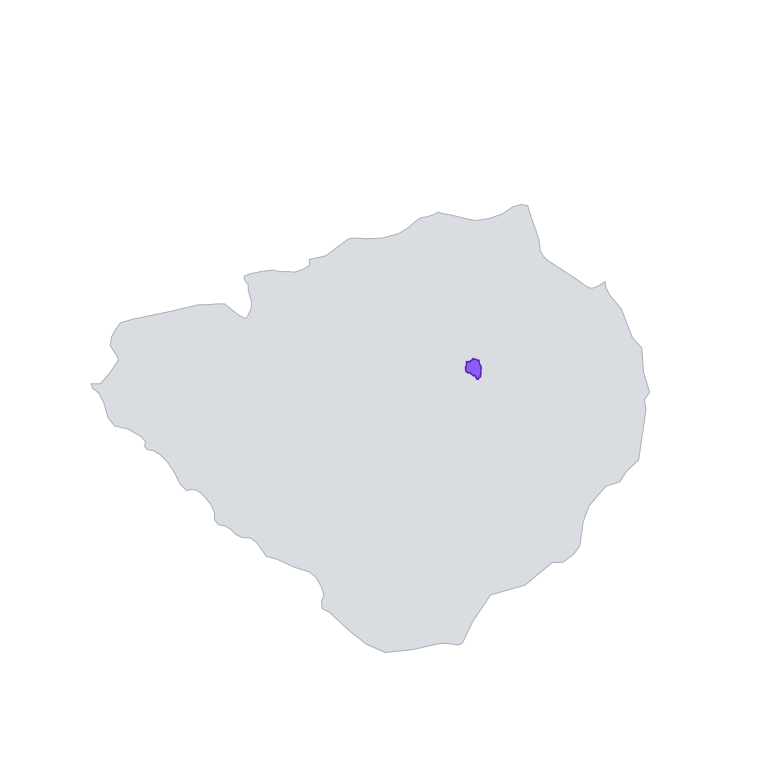 Cerro Chato, Treinta y Tres, Uruguay (highlighted), rotated 303°
{"feature_id": "84410073B20203965418101", "entity_name": "Cerro Chato", "entity_type": "district", "adm_level": 2, "iso_a3": "URY", "parent_name": "Uruguay", "parent_adm1": "Treinta y Tres", "projection": "natural_earth1", "projection_center": [-55.112, -33.151], "detail": "fine", "context": "in_parent", "style": "filled", "palette": "violet", "viewbox_px": 768, "rotation_deg": 303, "n_neighbors": 0, "source": "geoboundaries", "source_scale": "gbopen_adm2", "svg_char_len": 3809}
<svg xmlns="http://www.w3.org/2000/svg" viewBox="0 0 768 768"><g transform="rotate(303 384 384)"><path d="M590.3,513.4L586.1,517.3L581.5,524.7L576.1,542.4L558.2,566.9L554.5,580.7L535.3,595.1L521.7,611.3L512.8,610.9L504.9,617.8L459.0,638.9L442.6,634.9L430.4,635.0L419.0,625.7L393.2,622.4L377.0,626.1L355.3,636.3L348.7,636.1L344.0,635.6L332.2,631.4L325.8,622.3L292.2,611.9L265.2,588.3L233.3,587.8L208.9,590.9L205.1,587.8L202.6,581.7L197.5,572.9L176.3,552.1L159.5,531.3L156.1,511.0L158.2,488.8L162.9,462.5L162.0,454.3L168.0,449.7L174.1,448.7L179.9,441.9L185.0,431.7L185.8,423.9L181.7,409.5L178.7,389.4L175.3,379.3L181.8,363.5L182.1,355.8L178.1,349.1L177.0,342.1L178.7,335.0L178.3,328.1L175.8,321.6L177.6,316.1L183.8,311.8L188.3,305.2L191.3,296.3L192.8,289.5L192.9,284.8L191.0,280.4L187.1,276.3L188.8,268.0L196.1,255.6L200.7,244.6L202.8,235.0L202.6,227.3L200.1,221.4L201.1,217.4L205.7,215.3L207.6,209.1L206.8,193.6L202.1,180.8L205.6,170.7L215.8,159.0L221.1,149.6L221.5,142.4L224.6,138.2L229.6,146.0L244.2,148.0L258.9,148.3L261.3,146.4L267.0,133.7L274.6,130.0L282.8,129.1L291.9,129.7L301.6,138.1L328.9,165.7L349.0,184.8L355.1,193.8L360.4,200.5L364.4,206.8L362.7,223.1L363.0,230.3L363.9,232.4L368.5,232.5L375.3,231.4L381.0,227.9L385.4,222.6L389.7,218.4L393.3,216.1L394.5,212.6L396.5,209.0L398.6,208.2L402.6,210.9L411.9,220.2L419.1,228.9L420.9,233.8L423.7,239.0L426.7,243.4L428.8,247.8L435.8,253.5L442.9,257.1L447.7,253.5L459.8,265.3L486.4,275.2L491.3,281.2L495.9,289.7L505.1,302.7L518.0,314.3L528.3,319.2L538.3,322.0L543.8,324.5L547.6,329.0L553.7,333.8L557.5,335.6L558.8,339.9L562.6,349.2L566.7,361.1L571.1,372.1L580.7,382.7L591.6,390.9L602.9,395.6L609.2,401.3L611.9,407.3L604.3,416.2L595.9,427.4L588.6,436.2L581.0,442.3L578.5,446.6L576.8,453.1L576.7,487.9L576.1,500.8L576.6,504.2L577.7,506.5L582.4,510.0L588.0,512.9L590.3,513.4Z" fill="#d9dde1" stroke="#a8b0b8" stroke-width="1"/><path d="M447.4,441.1L447.4,441.4L447.4,441.5L446.9,441.7L446.6,441.9L446.3,442.1L446.0,442.2L445.5,442.4L445.3,442.5L444.0,443.1L443.9,443.1L443.7,443.2L443.3,443.1L443.2,443.1L442.3,443.4L442.1,443.4L442.0,443.5L441.9,443.5L441.4,443.9L441.3,444.0L440.9,444.2L440.8,444.3L440.7,444.4L440.6,444.6L440.5,444.8L440.4,444.9L440.3,445.0L440.2,445.1L440.0,445.3L439.9,445.3L439.7,445.5L439.5,445.8L439.5,446.0L439.4,446.0L439.2,446.1L439.3,446.2L439.4,446.3L439.4,446.5L439.3,446.8L439.3,447.0L439.2,447.3L439.2,447.5L439.1,447.9L439.0,448.0L439.0,448.3L439.0,448.5L439.2,448.8L439.3,448.9L439.3,449.0L439.5,449.1L439.8,449.2L439.9,449.3L440.0,449.4L440.1,449.5L440.3,449.7L440.4,449.8L440.4,450.0L440.4,450.3L440.3,450.5L440.2,450.6L440.1,450.8L440.0,451.0L439.9,451.2L439.9,451.3L439.9,451.5L439.8,451.8L439.8,452.0L439.9,452.3L439.9,452.5L439.9,452.8L439.9,453.0L439.9,453.3L439.9,453.5L439.7,453.7L439.6,453.8L439.5,454.0L439.5,454.3L439.6,454.5L439.8,454.8L440.0,454.9L440.2,455.0L440.3,455.1L440.5,455.2L440.5,455.3L440.6,455.5L440.6,455.8L440.5,456.0L440.4,456.0L440.3,456.3L440.2,456.4L440.2,456.5L440.2,456.8L440.0,457.0L439.9,457.1L439.7,457.2L439.6,457.3L439.4,457.5L439.3,457.8L439.3,458.0L439.2,458.1L439.2,458.3L439.1,458.5L438.9,458.9L438.8,459.1L438.7,459.3L438.7,459.5L438.8,459.7L438.8,459.8L439.0,459.9L439.1,460.0L439.4,460.0L439.5,460.0L439.8,460.2L439.8,460.3L440.3,460.0L440.8,460.0L441.4,460.5L442.3,461.0L442.9,460.9L443.6,460.2L444.9,460.2L445.5,459.1L446.4,459.1L447.0,458.4L448.4,457.6L449.4,457.4L451.9,455.6L452.0,454.9L452.7,453.5L454.4,451.5L454.6,450.8L454.8,450.5L455.0,450.3L455.2,450.6L455.4,450.9L455.6,450.7L454.9,449.1L454.7,447.4L454.4,447.1L453.9,445.9L454.0,444.9L453.3,444.8L452.7,445.0L452.4,444.6L451.8,444.8L451.4,444.4L450.9,444.3L450.5,444.0L449.9,444.3L449.6,444.0L449.4,443.3L448.8,442.6L448.0,442.2L447.8,441.2L447.4,441.1Z" fill="#8b5cf6" stroke="#5b21b6" stroke-width="1.5"/></g></svg>